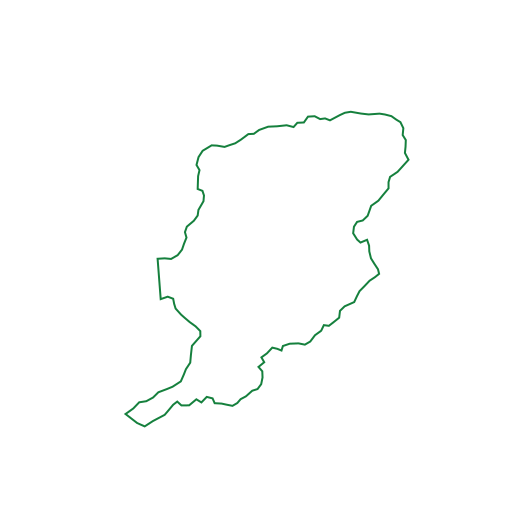 outline of Ipeúna, São Paulo, Brazil, rotated 60°
{"feature_id": "56859067B44866208226492", "entity_name": "Ipeúna", "entity_type": "district", "adm_level": 2, "iso_a3": "BRA", "parent_name": "Brazil", "parent_adm1": "São Paulo", "projection": "natural_earth1", "projection_center": [-47.707, -22.435], "detail": "fine", "context": "isolated", "style": "outline", "palette": "green", "viewbox_px": 512, "rotation_deg": 60, "n_neighbors": 0, "source": "geoboundaries", "source_scale": "gbopen_adm2", "svg_char_len": 2046}
<svg xmlns="http://www.w3.org/2000/svg" viewBox="0 0 512 512"><g transform="rotate(60 256 256)"><path d="M327.6,448.0L334.7,445.1L341.3,442.4L347.9,437.6L347.4,427.8L347.9,414.5L345.8,408.6L343.4,402.1L342.7,397.0L348.1,395.3L351.9,388.6L350.3,379.3L355.5,376.5L353.4,369.1L357.6,364.8L362.8,365.4L366.6,359.6L369.7,356.2L374.0,351.3L374.0,345.7L372.3,340.9L372.5,334.9L370.8,326.6L372.0,321.2L369.6,315.6L364.5,311.1L359.0,308.2L353.3,309.3L352.1,302.0L346.5,302.0L345.8,295.2L343.5,287.7L347.0,284.0L350.6,281.2L347.4,277.7L348.8,270.7L352.9,262.9L357.2,258.0L357.2,251.8L354.1,244.5L353.3,236.9L349.8,231.8L352.9,227.8L352.1,221.9L351.0,214.8L345.5,210.7L343.9,204.4L345.0,194.0L341.3,188.7L338.2,183.9L336.3,177.0L334.2,170.0L333.8,163.5L333.0,158.3L328.5,157.0L321.7,157.4L315.5,157.6L308.7,155.6L303.6,152.9L297.5,151.7L296.6,158.8L292.3,160.2L284.9,160.5L279.6,156.5L277.0,151.4L278.6,145.8L277.0,139.2L270.1,131.1L269.3,122.4L266.6,115.3L263.7,107.4L258.3,104.3L254.5,100.3L253.9,91.3L251.2,82.9L248.9,75.8L241.2,75.5L236.2,71.9L230.5,68.3L224.6,68.5L219.0,64.5L212.3,64.0L208.1,66.3L202.6,68.8L197.9,73.6L194.5,77.8L189.7,87.7L185.1,93.9L178.5,101.8L176.4,107.4L175.9,112.8L175.5,124.1L171.4,127.4L169.5,132.0L164.3,135.3L161.3,141.3L164.3,147.8L161.3,153.6L163.1,159.0L158.1,164.1L154.2,172.9L150.1,180.8L148.4,190.3L149.1,196.8L146.6,201.7L147.7,210.9L148.0,217.7L146.8,223.3L145.8,228.7L140.9,234.6L138.0,239.1L138.2,249.6L141.6,256.3L147.4,262.0L153.4,262.0L157.9,266.2L162.7,269.2L168.8,273.0L172.8,269.8L177.6,270.8L182.3,274.1L187.3,282.8L191.8,286.3L194.4,292.2L196.0,301.2L199.8,305.6L205.3,307.0L209.3,312.1L213.5,316.9L216.1,323.4L216.1,331.0L212.4,336.2L209.2,342.6L245.7,360.1L247.1,352.8L251.6,349.1L256.5,350.8L261.3,351.9L269.3,350.2L274.1,348.6L280.0,346.5L286.7,343.5L293.2,341.8L297.7,344.3L301.8,356.4L309.1,361.8L315.5,366.3L319.0,373.3L322.6,377.8L327.0,383.8L327.5,393.6L326.7,399.6L325.2,408.7L327.1,415.9L326.9,423.6L324.3,430.3L326.7,438.5L327.6,448.0Z" fill="none" stroke="#15803d" stroke-width="2"/></g></svg>